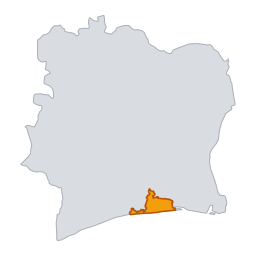 Grands Ponts, Lagunes, Ivory Coast shown in context
{"feature_id": "98640826B83353125268201", "entity_name": "Grands Ponts", "entity_type": "district", "adm_level": 2, "iso_a3": "CIV", "parent_name": "Ivory Coast", "parent_adm1": "Lagunes", "projection": "albers", "projection_center": [-4.906, 5.455], "detail": "fine", "context": "in_parent", "style": "filled", "palette": "amber", "viewbox_px": 256, "rotation_deg": 0, "n_neighbors": 0, "source": "geoboundaries", "source_scale": "gbopen_adm2", "svg_char_len": 7571}
<svg xmlns="http://www.w3.org/2000/svg" viewBox="0 0 256 256"><path d="M43.1,34.9L44.1,34.9L46.8,34.1L49.2,32.4L51.5,28.6L54.6,25.7L58.1,25.9L59.1,25.3L60.3,25.2L61.8,27.2L63.2,28.7L64.3,28.8L65.0,31.6L71.3,32.8L74.0,33.6L76.3,35.7L77.1,35.8L78.1,35.3L78.8,34.6L79.0,33.8L78.0,31.9L78.4,30.3L79.5,28.8L81.1,28.7L83.5,28.3L86.4,28.3L88.5,28.5L89.3,27.0L88.5,22.8L88.7,20.5L89.1,18.5L89.9,17.7L93.0,20.2L95.8,21.1L97.9,21.2L98.5,20.7L97.6,18.0L97.8,17.2L98.6,16.7L99.9,16.5L103.6,15.4L104.0,15.6L104.6,19.8L104.3,21.2L105.1,24.1L106.0,26.8L106.0,27.9L105.2,29.5L104.3,31.1L104.4,31.7L105.8,32.7L108.6,33.8L111.5,34.0L113.1,32.5L114.8,31.2L115.9,30.1L116.3,28.4L118.2,27.2L123.4,25.7L128.2,25.4L129.4,25.9L131.5,28.3L134.3,29.9L138.5,29.7L141.5,30.6L144.2,32.4L145.9,36.4L147.9,39.3L148.7,43.4L151.8,45.6L154.2,46.6L157.4,49.6L160.8,51.1L164.2,50.7L165.9,52.3L168.4,53.4L171.0,53.5L173.3,50.0L176.3,48.7L183.9,45.9L186.9,44.6L190.0,43.8L197.3,43.6L204.1,44.4L207.5,45.0L209.8,44.6L212.0,46.2L214.3,49.6L216.2,50.7L218.1,51.9L219.5,54.6L221.2,57.3L222.1,58.5L224.1,61.1L225.9,61.1L227.6,60.0L228.3,59.1L228.7,60.9L228.0,63.7L228.2,65.5L229.1,66.2L228.6,68.4L226.6,72.3L226.6,74.6L228.6,75.3L230.0,77.7L230.9,81.8L231.8,83.2L231.9,84.0L233.3,94.1L235.2,104.1L234.0,105.4L232.5,105.8L231.5,106.3L231.2,107.2L231.9,108.6L231.4,109.8L229.5,110.7L225.3,113.9L225.0,115.2L223.8,117.9L222.9,119.6L221.5,122.7L219.4,130.8L218.6,137.6L218.4,139.7L217.6,141.1L216.6,143.2L212.0,149.0L209.7,153.8L210.0,155.8L210.1,157.9L209.4,159.4L209.6,163.4L210.2,166.8L211.0,170.0L214.4,179.3L216.1,185.0L217.2,189.5L218.2,192.6L219.1,193.8L219.5,195.0L224.4,195.8L225.4,196.5L226.8,202.4L226.6,205.1L225.6,206.1L225.6,208.4L225.4,211.2L224.7,212.3L221.9,212.5L220.0,213.6L217.5,213.1L217.3,212.4L215.9,212.2L212.2,210.6L212.8,205.4L211.1,205.2L209.8,205.9L207.2,212.1L205.9,213.2L187.5,210.0L183.5,207.5L178.7,206.9L170.3,207.2L163.4,208.0L161.4,209.5L178.8,208.6L180.7,208.8L181.6,209.7L159.6,211.8L151.2,213.0L148.7,212.6L146.8,210.7L137.7,210.4L135.8,211.1L134.7,212.5L138.3,212.2L143.9,212.1L145.5,213.2L127.7,214.7L115.4,217.5L110.2,219.5L93.0,226.2L82.5,229.4L79.7,230.6L75.0,233.9L68.8,235.9L61.9,239.8L57.7,240.6L56.8,239.4L56.7,232.8L56.2,224.0L56.4,220.6L57.0,217.4L57.0,214.8L59.1,213.8L59.7,212.7L60.0,209.3L62.0,206.2L62.0,200.8L62.6,199.6L63.0,198.2L62.2,194.6L61.2,187.9L60.6,187.4L60.2,187.7L59.1,187.9L54.8,185.5L51.5,185.1L49.1,183.1L49.0,180.8L47.9,179.5L47.1,176.9L45.9,173.9L42.7,172.0L39.6,171.6L37.4,172.0L34.8,171.8L31.9,170.8L29.9,169.7L28.0,167.5L26.2,165.7L24.8,165.9L23.1,165.5L21.4,164.7L20.8,164.1L28.0,157.1L30.4,153.7L30.7,151.6L30.7,149.5L31.5,147.4L31.7,144.1L27.9,132.1L26.9,128.4L25.8,127.3L25.2,126.9L27.2,125.4L29.9,125.8L34.1,127.0L35.0,125.8L38.2,119.8L38.2,117.6L37.9,116.0L39.7,111.9L41.2,110.3L42.0,108.6L41.8,106.2L40.7,105.4L39.2,105.5L37.4,104.9L34.8,103.6L33.4,102.4L33.8,96.9L34.1,95.2L35.1,94.2L36.5,94.0L40.7,93.8L44.1,94.5L47.0,94.9L48.6,94.9L49.9,96.5L51.6,98.1L53.1,98.1L53.6,96.9L53.3,91.5L52.3,88.7L50.0,85.9L44.2,83.6L44.1,80.3L44.7,76.7L45.9,75.4L50.3,73.2L49.6,72.0L48.2,70.7L45.4,69.4L46.1,65.1L46.2,61.3L43.9,61.7L41.5,62.0L39.5,60.8L37.8,58.5L37.5,52.1L37.6,44.8L37.3,41.6L37.9,39.9L40.0,38.3L42.2,36.3L43.1,34.9ZM215.1,213.2L214.2,214.6L209.5,213.8L210.6,212.6L215.1,213.2Z" fill="#d9dde1" stroke="#a8b0b8" stroke-width="1"/><path d="M149.9,189.1L149.6,188.9L149.5,189.1L149.2,189.3L149.2,189.5L149.2,189.8L149.0,190.2L149.0,190.3L148.8,190.5L148.7,190.6L148.5,190.9L148.5,191.0L148.6,191.5L148.6,191.9L148.6,192.0L148.8,192.4L149.0,192.7L149.1,192.9L149.1,193.1L149.3,193.3L149.4,193.5L149.6,193.6L149.8,193.7L149.8,193.8L149.7,193.9L149.6,194.0L149.4,194.1L149.3,194.3L149.4,194.5L149.2,194.6L149.1,194.9L148.9,195.1L148.7,195.1L148.3,195.2L148.2,195.2L148.1,195.4L147.8,195.4L147.7,195.4L147.7,195.6L147.6,195.8L147.4,196.2L147.3,196.3L147.2,196.7L147.0,196.9L146.8,196.9L146.6,197.1L146.6,197.3L146.4,197.4L146.4,197.6L146.5,197.6L146.6,197.8L146.9,198.0L147.0,198.3L147.0,198.5L147.2,198.8L147.1,199.1L147.2,199.4L147.2,199.6L147.3,199.8L147.3,200.1L147.2,200.2L147.1,200.4L147.1,200.5L146.9,200.7L146.9,200.8L146.9,201.0L146.8,201.3L146.8,201.5L146.7,201.6L146.7,201.8L146.6,202.0L146.5,202.3L146.3,202.5L146.2,202.8L146.1,203.3L146.0,203.5L146.0,203.8L145.9,203.8L145.7,204.1L145.7,204.4L145.7,204.5L145.6,204.8L145.4,205.0L145.5,205.1L145.4,205.3L145.5,205.5L145.5,205.8L145.7,206.0L145.4,206.2L145.4,206.3L145.2,206.4L145.3,206.6L145.4,206.9L146.5,208.0L146.6,208.3L146.5,208.6L146.4,208.6L146.2,208.7L146.0,208.9L145.9,209.1L145.9,209.3L145.6,209.5L145.4,209.5L145.2,209.6L145.2,211.0L143.8,211.7L142.9,211.0L143.0,210.5L143.1,210.3L143.1,209.9L143.2,209.7L141.8,209.6L141.0,209.6L141.1,210.0L140.8,210.3L140.8,210.5L139.4,211.6L137.7,211.6L136.8,212.2L134.6,210.2L134.3,210.1L134.1,210.0L133.6,210.0L133.4,210.0L133.3,209.8L133.4,209.7L133.5,209.5L133.5,209.4L133.6,209.0L133.6,208.8L133.4,208.6L133.0,208.5L132.7,208.3L132.4,208.3L132.4,208.6L132.3,208.8L132.1,208.6L131.8,208.6L131.5,208.6L131.4,208.7L131.3,208.8L131.4,209.0L131.5,209.5L131.5,209.8L131.5,210.0L131.4,210.3L131.4,210.6L131.3,210.9L131.2,211.1L130.9,211.4L130.7,211.4L130.2,211.5L130.0,211.9L130.1,212.0L130.0,212.4L130.0,212.5L129.9,212.6L130.0,212.8L130.0,213.0L129.9,213.2L129.7,213.3L129.8,213.4L129.8,213.5L129.7,213.5L129.8,213.7L129.8,213.8L130.0,214.0L130.1,214.3L130.4,214.6L130.5,214.7L132.2,214.4L132.7,214.4L133.0,214.3L134.2,214.2L134.7,214.0L135.3,214.0L136.1,213.9L137.5,213.7L138.2,213.7L139.1,213.6L140.9,213.6L141.3,213.5L143.2,213.3L143.4,213.4L144.6,213.3L145.5,213.3L147.4,213.1L147.7,213.2L147.8,213.2L148.1,213.1L148.9,213.1L149.0,213.1L150.7,213.0L150.9,212.9L151.8,212.8L152.3,212.9L152.6,212.8L153.0,212.8L153.7,212.6L155.0,212.6L156.0,212.6L157.5,212.3L157.8,212.2L158.3,212.1L159.1,212.0L159.7,212.0L159.9,211.9L160.0,211.8L162.2,211.5L164.0,211.3L166.2,211.1L167.1,211.0L167.2,210.9L168.6,210.9L168.9,210.8L170.3,210.6L171.0,210.6L171.5,210.5L172.2,210.5L173.4,210.3L175.4,210.1L174.9,208.0L173.3,208.1L172.5,206.9L172.1,204.0L171.8,203.7L171.7,203.7L171.7,203.4L171.8,203.3L171.9,203.1L172.1,202.9L172.4,202.9L172.5,202.9L172.7,202.7L172.8,202.5L172.8,202.0L172.8,201.9L172.7,201.7L172.5,201.8L172.5,201.7L172.3,201.8L172.3,201.2L172.2,201.0L172.3,200.8L172.3,200.7L171.3,200.3L171.2,200.3L171.0,200.0L170.7,200.0L170.6,199.9L170.4,199.9L170.2,199.8L170.0,199.7L169.8,199.5L169.6,199.4L169.4,199.3L169.2,199.2L169.1,199.3L169.0,199.2L168.9,199.2L168.7,199.2L168.5,199.3L168.4,199.4L168.2,199.3L168.2,199.2L167.9,199.2L167.6,199.3L167.5,199.2L167.3,199.2L167.2,199.1L166.9,199.1L166.6,199.0L166.4,199.0L166.2,198.8L165.9,198.9L165.7,198.9L165.3,198.8L165.2,198.6L164.9,198.7L164.7,198.6L164.3,198.6L164.2,198.6L163.7,199.0L162.7,198.8L162.5,198.7L162.3,198.6L162.1,198.6L161.9,198.7L157.7,198.1L158.1,196.8L157.9,196.7L157.8,196.8L157.7,196.7L157.4,196.8L157.1,196.8L156.7,196.9L156.5,197.0L156.3,197.2L155.9,197.3L155.7,197.4L153.4,198.0L153.4,197.6L153.3,197.4L153.3,197.2L153.2,197.1L153.1,196.9L153.0,196.7L152.9,196.7L152.8,196.4L152.7,196.3L152.7,196.1L152.9,196.2L153.1,196.2L153.6,196.0L153.8,195.6L154.0,195.3L154.4,195.0L154.6,194.9L154.8,194.8L155.0,194.3L155.0,194.1L154.8,193.8L154.6,193.4L154.1,193.1L153.8,192.6L153.6,192.2L153.6,191.9L153.4,191.6L153.2,191.4L153.3,191.4L153.2,191.3L153.2,191.2L152.3,191.2L152.0,191.2L151.3,190.9L151.0,190.8L150.7,190.8L150.6,190.7L150.2,190.3L150.2,190.2L150.2,189.8L150.2,189.7L150.1,189.4L150.0,189.2L149.9,189.1Z" fill="#f59e0b" stroke="#b45309" stroke-width="1.5"/></svg>